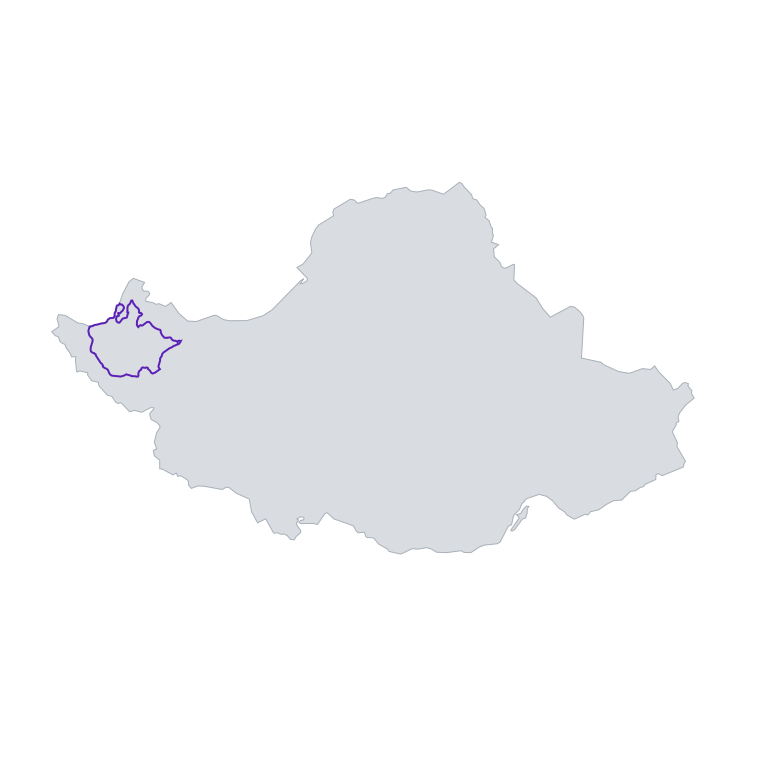 location of East Azarbaijan within Iran, rotated 332°
{"feature_id": "IRN-3238", "entity_name": "East Azarbaijan", "entity_type": "Province", "adm_level": 1, "iso_a3": "IRN", "parent_name": "Iran", "parent_adm1": "", "projection": "albers", "projection_center": [46.749, 37.961], "detail": "fine", "context": "in_parent", "style": "outline", "palette": "violet", "viewbox_px": 768, "rotation_deg": 332, "n_neighbors": 0, "source": "natural_earth", "source_scale": "10m", "svg_char_len": 6601}
<svg xmlns="http://www.w3.org/2000/svg" viewBox="0 0 768 768"><g transform="rotate(332 384 384)"><path d="M361.8,240.3L368.8,240.1L381.2,234.7L382.2,233.6L385.4,224.6L389.4,220.2L396.5,214.9L401.3,212.9L418.5,211.8L419.5,208.2L422.1,206.0L440.9,205.1L444.0,207.4L445.7,212.2L461.8,214.9L465.1,216.0L469.4,219.2L472.6,219.8L476.5,217.6L479.1,218.5L483.1,216.9L495.9,220.7L498.2,226.1L500.8,228.3L503.8,230.2L514.0,233.2L517.2,235.2L525.7,244.4L545.2,241.3L546.8,243.3L547.3,247.7L550.2,257.9L549.3,262.0L552.3,265.0L553.0,271.6L554.8,275.9L553.5,282.6L551.4,284.2L553.5,289.6L552.3,295.3L552.9,297.3L550.4,302.3L550.5,304.1L545.4,309.2L550.6,314.8L544.2,316.1L541.1,323.4L543.4,331.1L542.9,335.3L543.9,337.5L545.8,338.8L554.7,339.1L555.2,340.1L547.5,353.0L548.6,357.4L558.8,379.6L559.5,391.3L562.2,403.1L585.2,403.0L588.3,405.6L590.9,412.0L591.7,416.9L591.3,419.6L570.5,453.8L585.9,466.8L587.0,470.1L597.2,483.4L605.8,489.8L619.3,491.7L626.2,496.3L631.5,495.1L632.3,502.6L637.0,517.8L636.6,525.2L641.4,525.8L648.3,523.5L651.0,524.4L652.9,526.7L651.4,528.5L652.7,534.5L651.1,536.1L651.3,542.0L640.8,544.1L631.4,548.3L628.2,551.1L626.8,555.5L623.5,555.7L622.7,557.4L616.1,561.4L615.5,573.5L613.3,576.8L613.9,593.9L612.4,594.4L609.3,597.8L586.8,595.6L584.0,591.9L581.7,591.6L579.1,595.9L567.9,595.2L564.3,596.4L561.9,595.6L556.0,596.3L551.1,594.5L539.5,598.1L531.8,594.8L523.9,594.7L514.4,595.9L506.4,593.7L502.5,595.4L500.4,593.4L488.6,592.7L484.0,585.5L483.5,581.8L480.0,575.6L478.0,566.1L474.7,559.4L469.2,554.3L455.9,552.2L449.3,554.7L444.6,558.4L436.5,561.1L430.6,568.1L426.8,568.0L412.3,578.1L409.0,578.2L397.1,573.4L391.9,572.7L381.5,573.7L375.5,570.2L373.9,567.4L359.9,562.2L351.3,557.1L348.4,552.0L344.6,548.4L336.3,545.7L331.6,542.6L319.0,542.1L309.8,534.2L309.6,531.5L304.0,522.6L302.8,515.9L301.6,514.2L297.1,511.7L296.4,509.9L297.1,505.6L291.4,503.3L290.5,501.2L290.3,494.7L276.4,479.6L273.4,471.0L270.9,470.7L259.3,476.8L255.8,473.7L245.3,468.4L243.8,466.3L246.3,465.2L249.0,466.2L250.5,465.0L249.8,463.1L247.2,462.0L243.7,462.2L244.7,463.9L241.4,465.7L240.8,467.9L241.7,474.3L240.4,476.2L234.9,477.4L231.5,479.5L228.4,477.2L227.4,472.5L225.4,469.5L222.5,468.4L220.3,465.5L216.6,464.0L216.2,447.5L207.2,447.2L207.1,434.7L211.0,422.3L202.3,411.1L198.5,402.6L196.2,401.0L191.8,401.3L177.0,389.7L171.9,386.7L164.8,385.7L164.0,381.7L165.8,377.2L162.5,371.3L161.5,369.6L158.6,368.8L158.8,365.1L155.1,365.3L148.2,355.0L146.2,353.6L150.2,345.9L147.5,339.6L149.2,334.3L152.8,334.6L153.9,327.5L160.3,320.3L165.9,317.2L166.4,315.1L165.3,311.1L161.8,306.2L162.4,302.0L163.5,300.0L169.3,297.8L169.6,296.9L166.9,295.3L156.8,295.2L151.4,290.2L146.3,289.0L143.4,278.1L142.5,276.8L140.1,276.4L138.6,274.4L137.9,267.2L134.5,264.0L131.8,253.3L131.6,250.7L132.6,248.4L127.2,243.7L126.6,236.6L127.8,235.0L121.6,229.7L118.7,229.4L118.5,228.5L123.0,217.6L124.7,215.2L121.0,213.4L121.2,208.0L120.3,203.5L120.8,199.2L118.4,196.0L117.8,194.1L118.7,189.4L116.4,187.0L115.1,181.9L124.1,180.7L125.9,173.0L129.2,169.9L134.7,173.7L142.4,186.4L147.1,190.1L150.6,194.4L167.5,198.9L171.2,197.5L177.0,197.8L184.3,190.1L187.7,189.1L196.2,181.3L206.7,174.1L212.2,173.0L220.3,181.9L215.8,184.7L215.0,186.9L215.6,189.1L219.2,191.4L219.7,193.9L218.5,195.2L213.8,196.6L212.5,199.2L217.7,203.3L220.3,206.7L223.1,207.5L227.5,213.0L234.3,212.1L236.0,225.3L240.2,236.2L247.6,240.7L266.8,243.7L268.9,245.7L272.3,251.6L277.4,255.7L292.6,263.6L309.1,266.9L319.9,266.0L359.1,253.6L362.9,253.3L357.1,256.2L359.4,257.1L364.5,256.7L365.6,255.7L365.7,254.0L361.8,240.3ZM452.0,561.4L449.7,565.3L446.0,568.8L442.8,568.2L431.1,573.9L427.9,574.0L427.3,572.6L440.2,565.9L440.6,564.5L439.6,561.7L444.0,562.5L448.5,559.8L452.4,558.7L454.5,560.1L452.0,561.4Z" fill="#d9dde1" stroke="#a8b0b8" stroke-width="1"/><path d="M172.7,197.2L173.0,197.2L175.6,198.4L176.0,198.5L176.5,198.5L177.0,198.3L177.4,198.0L177.8,197.7L178.1,197.3L178.4,196.9L179.1,195.5L179.4,195.0L179.9,194.6L181.3,193.9L181.7,193.5L182.1,192.6L182.4,192.1L182.6,191.9L183.0,191.7L183.3,191.4L184.0,190.3L184.3,189.9L184.7,189.6L185.1,189.4L185.5,189.4L186.2,189.7L186.5,189.8L186.8,189.7L188.3,188.9L188.5,189.5L188.6,189.9L188.9,190.3L189.7,190.6L190.1,191.3L190.5,193.2L190.4,193.8L190.3,194.4L189.8,195.1L187.6,196.6L186.1,196.8L185.1,197.4L184.0,197.6L182.9,196.6L182.4,196.7L182.3,197.2L182.3,198.1L182.1,199.0L181.8,199.3L180.5,198.9L179.6,199.0L179.3,199.5L178.7,199.9L177.7,201.2L177.3,203.2L178.0,204.9L179.2,205.6L180.9,205.0L182.6,204.1L184.2,203.6L187.9,204.6L189.0,203.8L189.9,202.5L191.4,201.4L191.7,200.9L191.4,200.8L191.0,200.3L193.8,195.4L195.7,194.1L196.7,194.2L198.3,193.2L199.9,191.7L200.9,192.1L200.6,195.7L200.9,196.2L201.0,198.6L202.5,202.2L202.2,204.3L201.3,205.5L201.4,206.4L202.7,207.1L203.2,208.7L202.0,209.5L200.2,209.3L198.5,209.8L197.5,210.9L195.5,212.4L194.7,213.8L194.1,214.7L193.6,215.8L193.5,217.4L193.8,218.4L195.0,217.9L196.6,217.7L197.4,218.5L197.7,218.8L198.4,218.9L204.0,218.0L205.7,218.9L206.5,221.2L206.7,223.7L208.0,226.8L210.0,229.5L211.7,231.0L211.9,231.6L211.7,232.4L211.1,233.6L211.0,236.5L211.8,240.0L214.2,241.5L214.4,241.4L214.9,241.5L216.8,242.4L217.5,243.0L217.7,245.3L218.4,246.8L220.0,247.8L220.5,248.4L221.7,249.3L221.5,249.9L221.9,249.6L222.3,249.5L223.1,249.4L223.5,249.6L223.9,250.3L224.1,250.3L224.4,250.5L224.8,250.6L224.5,250.8L223.6,251.5L221.8,252.3L215.7,251.7L214.1,252.0L211.7,251.7L203.8,252.7L202.9,253.1L202.0,253.6L200.7,255.1L199.0,255.9L198.2,256.5L197.2,258.3L193.4,262.2L192.9,263.2L192.9,264.7L193.1,265.7L187.1,266.5L184.6,266.1L183.7,264.8L183.7,262.7L182.7,259.8L183.0,259.3L182.9,258.6L182.1,257.9L180.8,257.7L179.8,257.0L179.0,256.2L177.9,256.0L176.8,256.7L176.1,257.4L175.5,257.3L174.2,257.6L172.7,258.6L171.9,259.6L171.5,260.5L171.4,260.8L171.0,261.4L170.3,261.9L169.1,261.4L168.0,260.4L164.9,258.6L164.4,257.8L161.0,254.5L158.3,254.5L155.0,253.8L147.7,248.9L146.8,247.5L146.5,245.8L146.8,241.8L146.2,240.4L144.6,238.3L144.4,237.7L144.1,237.1L143.9,236.6L144.0,236.3L144.2,236.1L144.5,235.9L144.4,233.9L144.4,233.7L143.8,232.8L143.0,224.2L143.1,223.2L143.3,222.9L143.2,222.5L143.1,222.0L142.9,221.7L142.7,221.5L142.6,221.3L142.6,220.9L142.4,220.9L140.9,218.7L140.6,217.6L140.9,216.3L142.3,213.9L146.6,209.6L147.6,207.9L147.6,206.3L147.0,204.7L146.7,202.8L147.5,199.5L148.0,198.2L150.8,195.3L150.9,195.2L151.3,195.3L151.8,195.6L152.1,195.7L152.8,195.7L154.2,196.0L156.4,196.1L157.7,196.6L158.2,196.8L163.4,198.0L165.0,198.7L166.4,199.1L166.7,199.1L168.3,198.9L168.8,198.7L170.1,197.7L170.5,197.5L170.9,197.4L171.8,197.4L172.4,197.2L172.7,197.2Z" fill="none" stroke="#5b21b6" stroke-width="2"/></g></svg>